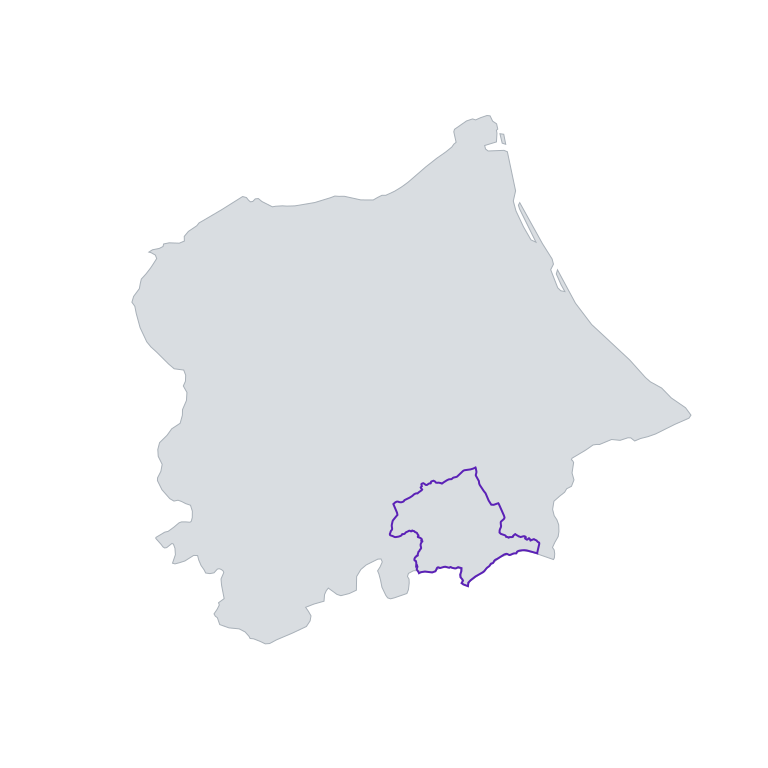 where Dix-Huit Montagnes sits in Ivory Coast, rotated 247°
{"feature_id": "CIV-3441", "entity_name": "Dix-Huit Montagnes", "entity_type": "Department", "adm_level": 1, "iso_a3": "CIV", "parent_name": "Ivory Coast", "parent_adm1": "", "projection": "robinson", "projection_center": [-7.745, 7.377], "detail": "fine", "context": "in_parent", "style": "outline", "palette": "violet", "viewbox_px": 768, "rotation_deg": 247, "n_neighbors": 0, "source": "natural_earth", "source_scale": "10m", "svg_char_len": 8437}
<svg xmlns="http://www.w3.org/2000/svg" viewBox="0 0 768 768"><g transform="rotate(247 384 384)"><path d="M202.1,161.3L204.3,161.2L210.0,159.3L215.2,155.0L220.1,146.0L226.7,138.8L234.0,139.3L236.2,138.0L238.8,137.7L241.9,142.5L245.0,146.1L247.3,146.2L248.9,153.0L262.4,155.9L268.2,157.8L273.0,162.8L274.7,162.9L276.8,161.8L278.4,160.1L278.7,158.2L276.6,153.7L277.5,149.6L279.7,146.0L283.2,145.8L288.4,144.7L294.4,144.7L298.9,145.4L300.6,141.8L298.9,131.6L299.4,126.0L300.1,121.3L301.7,119.3L308.4,125.3L314.5,127.4L318.9,127.6L320.1,126.5L318.3,120.0L318.8,118.0L320.4,116.9L323.3,116.2L331.0,113.6L331.9,114.1L333.3,124.3L332.7,127.7L334.3,134.6L336.3,141.1L336.2,143.7L334.5,147.7L332.6,151.3L332.8,152.8L335.9,155.3L341.8,157.9L348.0,158.5L351.4,154.7L355.0,151.7L357.5,149.0L358.3,144.9L362.2,142.0L373.4,138.3L383.6,137.7L386.1,138.9L390.8,144.5L396.7,148.4L405.6,147.9L412.1,150.2L417.7,154.5L421.5,164.2L425.7,171.1L427.5,181.0L434.0,186.2L439.1,188.5L446.0,195.7L453.2,199.3L460.6,198.5L464.1,202.3L469.6,204.9L475.1,205.1L480.0,196.8L486.4,193.6L502.6,187.0L509.0,184.0L515.5,182.1L531.1,181.5L545.7,183.5L552.9,185.0L557.8,183.9L562.5,187.8L567.4,196.1L571.4,198.7L575.4,201.6L578.4,208.1L582.0,214.5L583.9,217.4L588.3,223.8L592.0,223.9L595.7,221.1L597.3,219.1L598.0,223.3L596.6,230.1L596.9,234.3L599.0,235.9L597.9,241.4L593.6,250.6L593.6,256.1L597.9,257.8L600.9,263.6L602.8,273.5L604.6,276.8L604.8,278.9L607.9,302.9L611.8,327.1L609.4,330.2L606.1,331.1L603.9,332.2L603.3,334.5L604.7,337.8L603.8,340.8L599.7,342.9L590.7,350.5L590.0,353.6L587.7,360.1L585.7,364.1L582.8,371.5L578.1,391.1L576.4,407.3L576.2,412.2L574.4,415.7L572.3,420.8L562.5,434.6L557.6,446.0L558.2,450.9L558.5,455.9L557.0,459.4L557.3,469.0L558.5,477.1L560.3,484.9L567.5,507.2L571.2,520.8L573.5,531.7L575.6,539.0L577.5,542.0L578.3,544.8L588.9,546.8L590.9,548.4L593.9,562.7L593.4,569.1L591.3,571.5L591.4,576.9L590.9,583.7L589.4,586.4L583.5,586.7L579.5,589.3L574.2,588.3L573.6,586.6L570.8,586.0L562.9,582.1L564.2,569.8L560.6,569.3L557.8,570.9L552.2,585.7L549.6,588.3L510.4,580.6L501.9,574.5L491.7,573.1L474.0,573.8L459.3,575.6L455.1,579.3L492.1,577.2L496.1,577.6L497.9,579.8L451.2,584.7L433.4,587.6L428.1,586.8L424.1,582.1L404.7,581.5L400.8,583.1L398.4,586.6L406.0,585.8L418.0,585.6L421.3,588.3L383.6,591.8L357.5,598.4L346.4,603.4L310.0,619.6L287.8,627.2L282.0,630.0L271.8,638.0L258.9,643.0L244.3,652.3L235.4,654.4L233.4,651.4L233.2,635.7L231.9,614.5L232.4,606.4L233.6,598.8L233.6,592.5L238.0,590.1L239.2,587.5L239.9,579.3L244.0,571.8L244.1,558.8L245.3,556.1L246.2,552.6L244.4,544.1L242.2,528.0L241.0,526.9L240.0,527.6L237.7,527.9L228.6,522.3L221.5,521.4L216.6,516.6L216.2,511.2L213.8,508.0L212.1,501.8L209.7,494.6L202.7,490.2L196.2,489.2L191.5,490.1L186.1,489.8L179.9,487.4L175.5,484.7L171.5,479.4L167.7,475.2L164.7,475.8L161.0,474.8L157.4,472.9L156.2,471.4L171.3,454.7L176.5,446.5L177.0,441.5L177.1,436.4L178.7,431.2L179.2,423.3L170.8,394.7L168.7,385.8L166.4,383.2L165.0,382.2L169.2,378.6L175.1,379.5L184.0,382.4L186.0,379.5L192.7,365.1L192.5,359.7L191.9,356.0L195.8,346.1L199.0,342.2L200.6,338.1L200.1,332.5L197.7,330.4L194.6,330.8L190.9,329.4L185.1,326.1L182.2,323.2L183.1,310.2L183.7,306.1L185.7,303.8L188.8,303.1L197.7,302.7L204.9,304.2L211.2,305.1L214.5,305.1L217.2,309.0L220.9,312.9L224.1,312.9L225.2,309.9L224.4,297.0L222.3,290.2L217.5,283.6L205.0,278.0L204.7,270.1L206.0,261.6L208.7,258.5L217.9,253.0L216.3,250.1L213.4,247.0L207.5,243.9L208.8,233.7L209.1,224.6L204.2,225.6L199.1,226.2L194.8,223.4L191.1,217.8L190.5,202.6L190.5,185.1L189.8,177.3L191.2,173.2L195.6,169.3L200.4,164.4L202.1,161.3ZM569.1,588.5L567.1,591.8L557.1,589.7L559.5,586.9L569.1,588.5Z" fill="#d9dde1" stroke="#a8b0b8" stroke-width="1"/><path d="M204.1,343.5L203.9,342.5L205.3,343.2L206.7,343.8L208.4,344.2L208.9,344.0L209.2,343.6L209.5,343.3L210.0,343.2L211.0,343.6L212.1,344.7L212.1,344.8L212.3,345.2L212.4,345.6L212.5,346.0L213.0,346.6L213.1,346.9L213.0,347.3L212.8,347.6L212.9,348.0L213.1,348.2L213.7,348.3L214.0,348.6L214.4,348.8L214.7,349.0L215.3,349.6L215.6,349.8L216.0,350.1L216.2,350.5L216.3,350.9L216.5,351.3L217.0,351.9L217.3,352.2L217.9,353.3L218.0,353.6L218.4,354.0L219.2,354.3L220.7,354.5L222.0,355.0L222.6,355.5L222.9,355.9L223.2,356.2L223.6,356.5L223.8,356.9L224.0,357.7L224.3,357.9L224.6,357.8L225.2,357.1L225.5,357.2L225.7,357.5L225.9,357.9L226.1,358.1L226.5,358.1L227.1,357.9L228.2,357.2L229.0,356.3L229.4,356.0L229.6,355.6L229.9,355.4L230.1,355.4L230.4,355.6L230.5,356.1L230.7,356.4L231.1,356.5L231.6,356.5L232.3,356.2L232.9,356.2L233.5,356.2L234.0,356.1L234.7,355.6L235.5,354.8L235.8,354.6L236.2,354.5L236.6,354.4L236.9,354.0L237.2,353.7L237.4,353.3L237.7,353.1L237.9,352.9L238.1,352.7L238.0,352.4L237.8,352.0L237.7,351.7L237.8,351.3L238.0,351.1L238.4,350.8L238.9,350.3L239.1,349.8L239.1,349.4L239.0,348.9L238.9,346.3L238.8,345.9L238.7,345.7L238.2,344.8L238.2,344.6L238.1,344.3L238.1,343.8L238.2,343.4L238.3,343.0L238.6,342.4L238.7,342.2L238.6,341.9L238.1,341.3L237.9,341.0L237.8,340.5L237.7,340.0L237.8,337.9L238.5,335.0L238.7,334.5L238.9,334.2L239.1,333.9L239.7,333.4L240.8,332.4L241.3,331.8L241.8,331.2L242.1,330.9L242.5,330.6L243.1,330.6L243.7,330.8L244.8,331.9L245.6,332.5L246.0,333.0L246.3,333.4L246.6,334.1L246.9,334.5L247.3,334.8L247.8,335.0L250.5,335.7L251.7,336.4L254.5,338.4L254.7,338.7L255.0,339.0L257.5,343.7L258.2,345.2L260.4,345.7L269.8,345.7L270.7,348.3L270.7,350.0L270.2,351.0L269.4,351.8L268.7,352.9L268.4,353.6L268.3,354.1L268.2,355.5L268.3,356.3L269.0,357.3L269.1,357.9L269.4,363.4L269.9,366.3L270.7,368.6L270.8,369.5L270.8,370.5L270.6,371.3L270.2,372.1L270.7,373.5L271.5,377.2L272.0,377.9L273.6,377.4L274.5,377.4L275.1,378.9L276.8,379.1L277.4,379.6L277.4,381.3L276.3,382.2L274.9,382.9L274.3,384.0L274.7,386.0L274.8,386.9L274.7,387.2L274.6,387.3L274.4,387.6L274.3,388.1L274.5,388.4L275.5,389.0L275.8,389.5L275.6,391.8L274.4,392.8L272.9,393.3L272.2,394.5L272.0,395.4L271.5,396.3L271.0,396.9L270.6,397.7L270.2,397.8L269.9,398.1L269.7,398.6L269.8,399.1L270.1,400.0L270.8,404.3L270.9,406.3L270.5,407.8L270.1,408.7L270.2,409.7L270.6,410.6L270.7,411.3L270.2,414.2L270.2,415.1L273.1,422.9L273.2,424.2L272.9,425.4L271.6,430.2L271.3,432.9L271.3,433.9L271.4,435.6L270.9,435.6L267.4,434.9L266.3,434.4L264.5,433.0L264.1,432.8L263.3,432.8L257.6,433.4L255.1,432.7L254.6,432.7L253.6,432.7L246.6,434.0L244.4,434.6L243.7,434.8L235.8,434.8L231.0,435.6L230.0,437.6L229.9,438.2L229.6,442.6L228.6,442.8L216.1,443.0L214.9,442.9L213.8,442.7L213.1,441.9L212.8,441.4L211.9,438.7L211.6,437.9L211.2,437.5L210.6,437.2L208.8,436.6L207.8,436.4L207.2,436.1L206.6,435.7L205.0,434.0L204.4,433.5L204.0,433.2L202.1,432.3L200.4,433.0L197.5,436.2L196.6,436.7L196.0,436.8L195.6,436.7L195.4,437.0L195.2,437.4L194.9,437.9L194.5,438.2L193.9,438.5L193.8,438.8L194.1,439.4L193.7,440.5L193.1,441.9L193.0,442.5L193.0,442.9L193.1,443.2L193.3,443.3L193.6,443.3L193.8,443.6L194.5,445.7L194.5,446.2L194.1,446.4L193.7,446.6L193.1,447.0L192.4,447.6L191.5,448.2L191.1,448.4L190.7,449.1L189.8,449.8L189.7,450.2L189.6,451.0L189.4,452.7L189.1,453.6L188.5,454.3L188.0,454.6L187.6,454.7L187.3,454.5L187.2,454.2L187.1,453.8L187.0,453.6L186.5,453.6L185.0,454.6L184.8,455.1L184.8,455.4L185.3,456.6L185.4,457.2L185.1,457.4L184.3,457.6L184.0,457.7L183.6,457.8L182.8,457.6L182.6,457.8L182.8,458.5L182.8,459.0L182.7,459.5L182.6,460.0L182.7,460.4L182.7,460.9L182.6,461.4L182.1,461.7L180.3,463.3L179.8,463.4L178.8,463.8L178.2,464.1L177.4,464.8L176.8,464.7L176.1,464.4L168.8,459.1L168.3,458.9L175.0,450.4L176.1,448.5L177.0,446.1L177.7,443.5L177.8,442.3L177.7,441.2L177.4,440.7L176.8,440.2L176.4,439.6L177.3,437.3L177.4,435.9L177.3,434.5L177.4,433.0L177.8,432.3L179.4,431.0L179.9,430.2L180.1,428.1L178.8,420.0L178.7,418.0L178.5,417.2L178.1,416.3L177.0,415.0L176.7,414.5L176.6,414.0L176.8,412.9L176.8,412.3L176.5,411.7L175.6,410.4L175.2,409.7L174.6,407.1L174.1,406.0L172.9,403.9L172.4,402.9L172.0,401.3L171.1,393.0L169.5,387.0L168.2,384.0L165.1,382.3L168.5,378.7L170.4,377.6L172.1,379.9L173.5,379.8L176.2,378.9L178.7,379.6L181.5,382.1L184.2,383.4L186.4,380.7L186.4,380.1L186.2,378.7L186.2,378.1L186.6,377.1L188.1,375.0L188.4,374.7L189.2,374.1L189.5,373.8L189.6,373.4L189.4,372.6L189.4,372.2L191.8,369.1L192.2,367.9L192.5,365.1L192.7,363.7L193.1,363.2L193.6,362.9L194.0,362.4L194.2,361.6L193.8,360.7L192.1,359.0L191.5,358.1L191.7,354.7L195.4,348.4L196.2,345.1L196.3,343.0L196.2,342.3L197.3,342.3L200.5,341.7L201.2,342.0L201.9,342.7L202.8,343.4L204.1,343.5Z" fill="none" stroke="#5b21b6" stroke-width="2"/></g></svg>